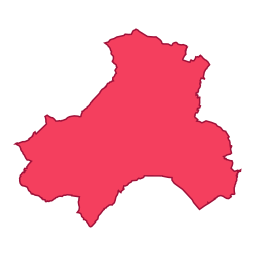 the district of Sisesti, Mehedinti, Romania
{"feature_id": "2599482B79663087212120", "entity_name": "Sisesti", "entity_type": "district", "adm_level": 2, "iso_a3": "ROU", "parent_name": "Romania", "parent_adm1": "Mehedinti", "projection": "orthographic", "projection_center": [22.83, 44.774], "detail": "fine", "context": "isolated", "style": "filled", "palette": "rose", "viewbox_px": 256, "rotation_deg": 0, "n_neighbors": 0, "source": "geoboundaries", "source_scale": "gbopen_adm2", "svg_char_len": 5790}
<svg xmlns="http://www.w3.org/2000/svg" viewBox="0 0 256 256"><path d="M226.7,198.4L228.7,198.6L231.2,196.7L230.5,195.7L231.5,194.5L232.0,194.3L234.1,194.3L234.7,193.9L234.6,193.0L234.4,192.6L234.2,190.5L234.2,187.8L234.7,186.4L234.9,185.0L235.7,183.3L235.8,181.9L236.6,180.8L236.7,179.7L236.6,177.8L237.2,177.2L237.3,176.6L236.4,176.0L236.4,175.4L237.1,175.4L237.5,174.8L236.9,174.0L238.1,172.7L237.8,171.9L240.4,171.3L240.6,169.9L239.8,170.4L237.9,170.6L237.6,170.3L234.8,171.3L233.8,170.9L231.1,168.2L232.4,164.8L232.7,162.9L232.4,161.8L232.0,161.4L232.0,160.8L230.1,160.6L227.5,159.7L226.4,159.6L226.1,158.6L224.8,158.8L224.4,158.6L224.8,157.9L223.6,156.5L225.0,156.2L227.0,154.9L230.3,154.1L231.5,153.1L230.6,149.5L230.7,148.7L230.5,146.9L230.8,146.8L231.0,147.7L231.6,146.5L231.5,145.8L230.3,146.0L229.9,143.0L230.0,142.7L229.5,140.6L228.8,140.0L228.0,137.8L229.1,136.9L225.9,131.9L225.8,131.4L223.0,130.6L222.0,129.4L221.3,128.3L220.2,127.3L217.3,126.1L215.8,124.1L211.4,122.4L206.0,120.9L202.6,122.6L201.5,122.7L199.5,121.5L196.8,121.1L197.8,119.7L195.9,118.0L195.3,117.8L194.6,116.3L195.1,115.3L195.0,114.5L196.1,112.7L197.4,112.8L198.0,111.7L198.6,110.1L197.9,109.8L197.2,109.9L197.5,108.5L199.7,107.9L200.4,105.8L199.3,105.2L199.7,102.7L199.6,99.3L199.8,97.3L199.2,97.2L197.8,97.9L197.4,97.7L197.8,96.7L197.7,96.2L197.8,95.3L197.5,94.9L196.8,94.9L196.1,95.2L196.1,93.0L196.9,92.5L197.1,92.8L197.6,92.8L198.0,92.2L198.5,90.8L198.3,90.4L198.5,89.3L200.0,87.1L200.4,85.0L199.8,84.2L199.8,83.7L200.0,83.0L200.7,83.0L200.8,82.3L200.3,82.3L200.5,81.4L200.1,80.8L201.2,78.1L204.4,79.0L204.5,78.6L203.3,77.1L204.2,72.2L205.7,69.3L206.8,68.6L207.3,67.3L209.2,65.2L209.6,64.7L207.8,61.8L206.1,60.3L205.0,59.8L203.2,58.3L201.5,56.2L201.0,56.0L200.4,55.3L199.8,55.7L200.1,56.0L198.6,57.0L197.2,56.7L196.0,57.2L195.7,57.0L195.4,58.5L193.9,60.7L192.7,60.8L191.1,60.0L190.9,60.7L190.5,60.8L189.9,62.2L188.4,61.9L183.1,60.1L182.8,59.6L182.9,58.9L184.3,56.1L185.8,54.3L185.4,54.0L185.8,53.2L185.5,52.6L185.8,51.8L185.3,51.0L186.1,50.2L186.2,49.9L185.9,49.4L187.3,47.0L186.5,46.7L186.5,45.8L183.2,44.6L181.4,44.9L178.5,44.4L177.7,43.8L176.8,42.7L176.1,42.4L175.1,42.5L173.3,43.2L172.7,43.9L172.2,45.0L171.7,45.4L170.9,45.5L168.1,44.0L163.1,43.9L162.0,43.4L161.3,41.3L159.9,39.7L156.1,36.9L153.9,37.0L147.5,36.5L139.2,31.4L138.0,30.2L136.0,29.2L135.0,30.0L133.3,30.6L132.6,31.6L131.4,34.3L128.8,34.5L125.1,34.2L124.1,35.3L123.0,35.7L116.9,37.0L114.0,38.6L111.0,39.5L110.0,40.0L108.4,42.0L104.8,43.0L107.8,45.2L108.5,46.6L109.2,46.9L110.3,48.8L110.4,49.7L111.5,51.8L111.1,53.0L111.2,53.9L113.4,56.4L113.4,58.6L113.1,60.0L112.3,61.2L112.6,62.0L113.3,62.1L113.7,62.6L113.9,63.3L115.7,64.4L116.3,65.2L116.3,66.3L117.0,67.2L115.0,70.3L116.3,73.3L115.2,74.2L114.2,76.6L112.9,77.5L112.7,79.8L113.4,80.8L111.4,81.4L111.0,82.0L109.9,82.0L109.0,83.2L108.2,83.2L107.5,83.6L106.6,85.4L105.5,86.6L105.9,86.8L105.7,87.0L102.0,89.5L100.1,92.0L100.1,92.5L98.8,94.1L92.3,100.9L92.4,101.2L90.9,102.6L90.2,104.0L88.8,105.7L87.2,106.9L87.4,107.5L87.2,107.9L84.3,109.8L83.6,110.9L82.0,111.4L82.1,112.1L81.9,113.1L81.4,114.0L80.8,116.5L79.3,116.7L78.0,116.2L74.2,115.9L71.6,116.3L69.6,116.7L67.5,117.7L66.0,119.2L62.6,120.5L61.9,120.5L61.1,121.0L59.3,120.7L58.3,121.0L56.0,121.1L54.1,118.9L52.7,117.8L50.9,117.5L49.1,116.6L47.1,115.2L45.0,116.5L45.3,117.1L45.9,119.6L45.9,122.0L46.2,122.6L46.4,124.0L36.2,133.8L36.1,133.5L35.8,133.4L35.2,132.8L35.0,131.9L33.9,132.7L33.4,133.3L33.2,134.6L32.7,135.2L32.7,135.8L32.3,136.0L32.4,136.4L29.1,138.7L29.4,139.2L29.3,139.4L27.8,140.4L25.0,141.6L22.7,141.7L18.0,143.4L17.7,143.4L17.4,143.0L16.2,143.3L15.4,143.9L16.1,143.9L16.8,144.6L19.2,145.8L19.9,146.6L20.8,148.8L20.8,149.4L21.4,150.7L22.8,152.3L23.1,153.6L24.4,155.2L25.8,158.1L27.2,160.0L28.4,159.9L31.5,161.2L28.2,164.8L27.8,165.8L26.9,166.7L26.9,168.4L24.7,168.4L24.1,169.6L24.2,170.7L24.8,170.3L25.5,170.6L24.5,171.7L24.6,172.4L24.0,172.7L23.1,172.2L21.7,173.5L21.6,174.1L20.4,175.1L20.3,176.2L20.7,176.6L20.0,177.3L19.6,178.6L19.8,179.4L19.7,180.8L20.2,183.2L20.8,184.2L21.7,184.9L21.6,185.2L22.5,185.7L25.0,186.2L27.1,187.1L27.5,187.6L28.7,190.5L30.4,191.9L31.4,193.8L32.3,194.1L32.5,193.7L35.1,195.1L38.6,195.7L40.9,197.6L41.6,197.7L41.8,197.9L41.6,198.4L42.0,198.9L42.7,199.0L42.9,199.6L44.9,199.7L45.2,200.6L45.2,200.9L45.6,201.6L46.3,201.6L46.4,201.3L47.6,201.3L47.7,201.1L48.9,201.5L49.8,200.9L51.5,200.8L52.4,200.4L54.4,198.8L55.1,198.6L55.7,197.7L57.2,197.3L58.1,196.6L59.9,196.2L62.3,196.4L62.9,195.7L64.0,195.2L65.7,195.2L67.0,194.7L71.9,195.2L71.8,195.7L79.4,196.8L78.9,199.1L78.9,200.2L78.4,201.5L78.4,202.4L78.8,205.0L79.4,207.0L79.2,208.8L78.9,210.2L77.2,212.5L79.2,212.8L80.7,213.6L81.3,214.8L81.7,216.5L83.6,218.2L83.6,219.5L84.6,219.5L86.6,220.8L87.0,222.4L88.0,223.7L89.3,226.0L90.2,226.7L90.8,226.8L91.9,226.2L94.8,223.1L95.6,222.0L95.2,221.4L97.8,219.0L98.3,216.4L98.7,215.5L100.5,213.7L103.0,210.3L104.2,209.4L104.1,208.6L104.7,208.5L105.5,207.9L106.2,207.8L106.9,206.7L107.9,206.2L109.1,205.1L111.0,204.8L112.2,205.0L113.2,203.7L114.3,202.8L115.2,200.1L115.8,197.3L116.7,195.5L117.2,195.0L118.1,192.5L118.1,191.1L118.4,190.5L120.0,192.0L120.6,192.0L120.7,192.5L120.9,192.6L121.4,191.1L123.9,189.2L123.7,188.3L123.2,188.3L123.8,185.9L125.4,185.9L127.3,185.1L128.2,184.1L128.4,183.5L131.2,182.0L132.0,180.7L136.6,180.3L137.1,180.0L138.5,178.4L139.0,178.3L140.1,178.8L142.8,177.8L143.7,177.2L144.4,175.8L162.4,175.9L162.6,176.2L168.7,177.4L172.0,177.6L172.0,180.1L174.0,183.0L175.2,184.0L182.6,189.3L192.2,199.7L193.7,202.6L199.5,209.4L204.4,205.9L208.1,203.6L208.0,202.6L208.3,202.8L208.7,203.3L209.0,203.1L215.4,198.7L215.4,198.4L215.1,198.3L216.9,197.4L217.3,196.7L217.9,196.3L220.4,195.6L221.2,195.6L223.5,196.4L224.3,197.1L226.7,198.4Z" fill="#f43f5e" stroke="#9f1239" stroke-width="1.5"/></svg>